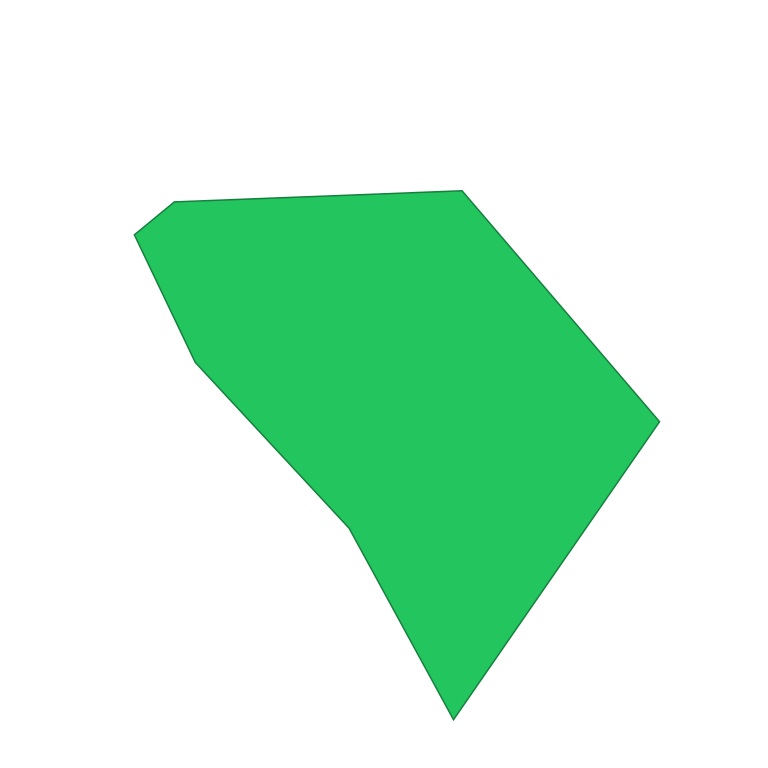 the district of Gamsa, Ad Daqahliyah, Egypt, rotated 224°
{"feature_id": "37247803B6242604579963", "entity_name": "Gamsa", "entity_type": "district", "adm_level": 2, "iso_a3": "EGY", "parent_name": "Egypt", "parent_adm1": "Ad Daqahliyah", "projection": "orthographic", "projection_center": [31.551, 31.44], "detail": "fine", "context": "isolated", "style": "filled", "palette": "green", "viewbox_px": 768, "rotation_deg": 224, "n_neighbors": 0, "source": "geoboundaries", "source_scale": "gbopen_adm2", "svg_char_len": 291}
<svg xmlns="http://www.w3.org/2000/svg" viewBox="0 0 768 768"><g transform="rotate(224 384 384)"><path d="M462.1,577.2L579.9,454.3L661.3,369.4L667.2,317.9L534.7,268.4L308.9,256.0L112.9,194.6L100.8,190.8L159.6,548.3L462.1,577.2Z" fill="#22c55e" stroke="#15803d" stroke-width="1.5"/></g></svg>